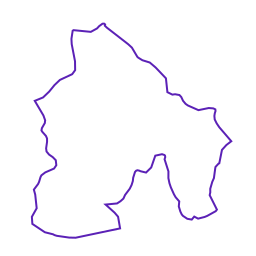 map outline of La Paz (Mercator projection), rotated 86°
{"feature_id": "HND-649", "entity_name": "La Paz", "entity_type": "Department", "adm_level": 1, "iso_a3": "HND", "parent_name": "Honduras", "parent_adm1": "", "projection": "mercator", "projection_center": [-87.867, 14.132], "detail": "fine", "context": "isolated", "style": "outline", "palette": "violet", "viewbox_px": 256, "rotation_deg": 86, "n_neighbors": 0, "source": "natural_earth", "source_scale": "10m", "svg_char_len": 1719}
<svg xmlns="http://www.w3.org/2000/svg" viewBox="0 0 256 256"><g transform="rotate(86 128 128)"><path d="M40.4,178.3L35.1,178.2L27.1,176.4L26.6,175.5L29.5,158.4L26.5,151.9L24.4,149.7L22.2,146.2L22.2,144.6L23.1,143.6L24.3,144.0L26.4,142.1L44.5,121.9L48.1,118.5L57.7,113.7L58.6,112.8L61.4,108.9L64.2,101.7L69.6,96.2L81.1,86.7L95.0,86.2L97.8,81.4L97.6,78.7L98.7,74.4L100.8,72.7L104.7,71.2L107.9,68.9L109.7,66.7L115.1,56.5L113.7,46.0L114.4,41.5L115.5,39.6L117.1,39.5L119.4,40.4L122.0,41.0L125.5,40.9L129.6,39.2L133.6,36.9L148.4,25.9L151.8,31.0L156.4,35.8L169.6,39.4L169.8,40.1L172.9,43.4L173.9,43.7L184.0,45.8L187.6,47.7L194.4,50.2L197.9,50.4L200.7,51.2L215.6,45.0L217.1,46.3L221.2,55.1L222.1,57.8L223.3,64.4L221.0,68.1L223.8,70.8L222.7,75.2L219.5,79.3L218.0,80.4L215.0,81.6L209.8,82.8L204.8,82.0L200.4,85.3L197.3,86.8L190.2,89.4L186.0,90.5L180.8,91.2L174.1,90.7L161.7,93.7L159.7,92.9L159.2,92.9L158.2,93.0L157.5,93.5L156.5,95.9L157.5,102.7L169.0,107.6L173.7,113.1L172.0,118.5L171.3,119.8L170.8,121.6L171.2,122.9L172.4,124.1L178.0,126.3L181.3,126.9L185.1,128.4L188.7,130.5L194.6,135.6L198.1,137.5L200.5,140.6L202.5,144.2L202.8,155.7L211.5,147.3L215.8,144.1L227.6,142.9L233.8,187.9L233.2,194.4L230.6,206.5L229.7,208.8L228.8,210.2L226.2,218.2L217.0,230.1L209.9,230.1L201.7,224.7L188.0,225.2L182.9,226.2L177.6,221.6L175.6,220.5L170.9,218.7L169.2,217.7L166.5,213.6L163.3,204.6L160.1,202.1L155.1,202.3L151.8,205.1L149.0,208.6L145.8,210.9L142.6,211.1L136.1,209.7L132.8,209.5L130.2,210.4L125.9,213.7L124.4,214.5L122.1,213.9L117.2,210.6L115.3,210.3L114.6,210.1L109.6,211.5L94.4,219.1L91.6,210.6L86.2,204.1L80.1,198.4L75.3,192.6L70.4,179.9L66.6,176.7L57.8,176.2L40.4,178.3Z" fill="none" stroke="#5b21b6" stroke-width="2"/></g></svg>